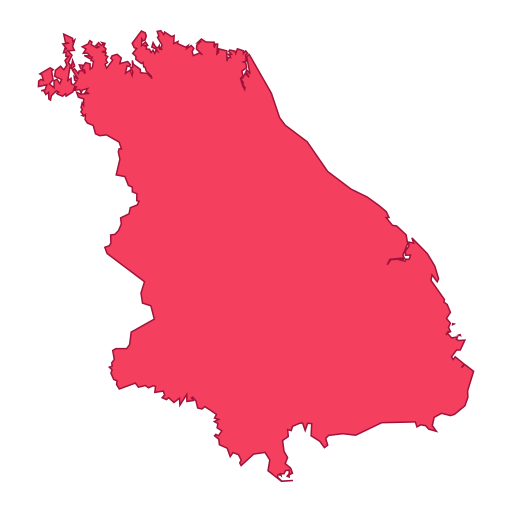 the district of Arraiján, Panama
{"feature_id": "35544464B31550191226189", "entity_name": "Arraiján", "entity_type": "district", "adm_level": 2, "iso_a3": "PAN", "parent_name": "Panama", "parent_adm1": "", "projection": "albers", "projection_center": [-79.724, 8.989], "detail": "fine", "context": "isolated", "style": "filled", "palette": "rose", "viewbox_px": 512, "rotation_deg": 0, "n_neighbors": 0, "source": "geoboundaries", "source_scale": "gbopen_adm2", "svg_char_len": 5738}
<svg xmlns="http://www.w3.org/2000/svg" viewBox="0 0 512 512"><path d="M227.2,448.2L230.2,456.6L233.0,452.6L238.5,454.7L241.3,460.3L239.7,462.8L241.1,465.6L253.6,454.1L265.0,452.4L269.8,459.9L268.0,470.7L281.5,481.3L293.0,480.5L281.8,481.1L277.7,477.4L277.8,475.0L279.5,474.1L280.2,475.8L279.7,474.0L281.1,475.5L280.8,473.7L284.0,473.8L285.6,470.6L289.0,470.1L289.3,473.5L287.1,476.2L289.2,477.0L289.1,474.7L292.5,473.2L290.6,468.0L285.2,463.6L287.6,457.6L284.0,451.3L282.6,440.5L288.3,436.5L287.7,429.6L291.2,430.6L292.6,426.3L299.8,423.2L302.6,423.1L305.2,430.5L307.6,423.3L311.7,423.6L311.1,435.8L319.7,441.2L324.4,447.6L327.7,445.2L325.7,438.4L328.6,435.4L342.7,433.7L355.7,435.2L381.6,422.7L415.3,421.9L417.0,426.9L420.8,424.8L425.7,425.7L428.8,429.2L436.4,431.3L432.3,425.6L434.2,417.3L441.6,413.3L450.4,415.6L454.4,414.4L464.9,405.8L467.9,397.3L467.6,390.8L473.6,371.3L464.8,364.5L461.4,367.6L464.0,364.0L455.2,356.8L453.2,359.5L451.5,356.9L456.5,350.1L460.3,350.0L464.9,340.1L458.7,340.5L456.4,339.3L457.5,336.9L451.6,337.9L447.7,333.5L446.0,334.9L448.4,331.0L448.3,332.4L450.6,331.7L448.5,327.4L450.4,323.2L446.5,318.4L450.4,312.4L447.2,304.5L443.9,302.1L444.4,299.5L431.0,280.4L432.0,274.9L437.2,281.8L438.6,278.8L434.7,265.9L427.3,253.6L411.9,237.9L413.7,243.2L409.0,242.1L408.8,246.5L405.4,250.8L405.4,255.2L410.6,255.1L409.0,259.4L405.9,259.1L405.1,261.2L400.8,260.2L405.1,258.7L390.8,259.6L387.2,264.8L389.9,259.3L404.2,257.9L402.9,255.0L407.7,243.7L406.1,234.8L396.7,226.0L392.4,225.3L386.2,217.6L389.0,217.5L386.3,211.7L379.2,205.7L367.3,197.1L351.0,189.1L327.7,171.5L307.1,141.7L285.3,125.3L279.6,117.7L271.4,93.3L249.3,54.6L246.6,56.4L250.0,73.9L246.7,69.9L245.9,71.9L249.2,77.3L245.1,73.4L243.2,77.2L240.9,78.9L243.4,82.8L242.8,84.9L245.0,87.4L244.7,89.5L242.7,85.9L240.5,78.3L243.0,76.4L241.9,71.1L246.6,67.8L245.8,62.9L243.4,62.0L246.1,61.2L245.6,54.9L247.8,53.5L245.7,50.9L243.4,53.5L243.5,50.8L237.4,48.8L235.7,53.4L235.0,51.1L229.7,50.0L228.8,51.4L231.3,54.3L227.9,54.3L230.2,56.1L230.6,57.6L228.2,57.4L226.9,61.2L226.8,50.9L218.8,48.8L218.3,52.8L216.8,54.1L217.7,44.1L215.6,44.0L214.2,47.6L214.2,42.2L205.9,42.0L201.4,39.0L197.6,42.6L200.1,42.0L196.7,45.2L196.5,49.1L202.4,54.8L199.8,52.9L193.3,55.6L192.1,51.5L193.9,48.4L191.2,45.5L186.8,48.5L188.1,45.5L185.7,47.2L177.5,43.5L178.0,41.5L173.8,43.5L174.1,35.5L171.7,36.7L164.6,32.0L163.7,34.5L160.8,30.7L157.2,31.4L158.8,36.0L157.5,37.4L162.1,45.1L160.6,48.6L162.4,49.5L159.8,49.1L159.4,45.5L158.0,47.8L155.7,47.1L153.1,42.6L151.8,47.1L156.3,49.2L157.6,51.3L155.9,50.4L154.8,53.4L153.0,50.2L151.1,52.5L149.4,49.2L146.2,49.0L146.6,46.7L144.5,45.8L147.7,45.3L145.5,41.9L141.5,45.7L141.8,39.1L142.8,40.9L145.1,40.0L146.3,35.9L145.2,32.8L141.4,31.0L132.2,43.3L134.2,47.7L136.7,48.5L132.7,53.4L135.9,56.4L135.8,59.3L141.4,63.5L143.0,62.5L143.7,66.9L145.1,67.3L146.2,71.0L151.2,76.0L152.0,78.5L147.3,73.4L140.5,72.7L140.3,69.3L133.4,64.3L132.3,60.4L132.6,67.1L130.7,67.6L132.8,72.0L132.1,75.5L130.2,70.1L125.5,73.2L127.0,66.0L129.7,66.5L130.3,64.6L127.7,61.5L119.8,63.6L121.3,58.0L117.2,54.3L112.1,55.8L110.8,58.3L112.7,60.1L106.6,68.2L105.0,64.2L107.5,62.5L105.8,59.8L107.8,56.5L105.3,55.4L106.1,52.9L101.8,51.6L105.3,51.3L105.9,48.7L103.6,46.7L105.1,43.4L101.9,42.6L103.4,44.3L101.2,45.3L98.6,42.6L95.9,45.5L98.8,47.0L96.9,47.9L91.3,44.7L91.9,42.0L89.8,40.6L88.0,44.0L82.2,46.8L86.0,49.0L83.3,53.3L87.3,53.1L90.1,56.1L84.3,55.5L90.1,58.8L92.0,57.6L91.0,60.6L93.5,61.2L92.3,67.6L90.1,69.2L90.1,63.9L85.5,62.6L82.7,67.1L82.5,65.2L79.3,64.9L80.8,68.8L84.4,69.8L85.1,73.6L82.5,70.4L79.0,71.0L78.4,73.6L74.6,68.9L72.5,70.2L78.1,79.2L74.1,76.2L74.6,80.2L76.7,80.9L73.8,84.9L71.3,83.7L71.0,78.3L67.8,80.5L69.9,67.4L71.9,68.8L74.7,66.0L72.6,60.3L71.4,66.3L68.3,62.7L72.0,55.2L67.9,50.9L74.4,50.3L72.6,46.6L74.7,39.9L72.7,41.5L72.6,38.3L63.7,34.1L65.5,42.6L69.2,43.2L62.8,43.9L67.0,49.3L65.0,48.1L63.5,52.8L66.1,52.3L65.8,56.3L68.6,56.3L65.0,60.5L66.8,65.1L63.9,69.8L60.5,66.2L55.4,70.4L54.6,76.3L61.5,79.5L59.9,83.6L56.9,79.3L54.0,80.8L54.1,87.7L49.4,83.9L53.1,79.9L51.6,71.0L53.2,69.7L50.2,67.8L39.8,73.9L41.9,75.0L43.3,80.3L40.8,79.4L38.7,81.1L38.4,86.6L46.8,84.8L45.1,89.7L41.1,90.7L43.9,90.7L45.8,94.5L48.6,92.3L48.8,98.9L50.5,100.1L51.4,95.7L56.3,90.8L58.6,92.0L56.6,93.1L57.7,94.2L62.6,96.2L65.6,93.8L66.1,96.2L72.9,91.8L74.8,86.6L76.4,86.7L75.0,90.2L79.8,89.6L81.1,93.1L82.3,90.1L87.7,88.5L84.9,93.0L87.6,92.5L88.5,93.5L80.7,94.2L76.6,92.2L78.4,97.2L83.7,98.9L83.6,105.3L82.2,102.8L81.0,107.7L82.4,109.2L80.9,111.9L83.6,115.1L82.2,115.5L83.5,116.1L85.4,114.6L85.1,119.6L87.4,123.1L93.2,125.4L95.5,133.8L99.7,135.7L106.5,134.9L119.1,142.1L121.5,148.9L119.1,148.9L118.3,151.7L119.9,159.2L116.2,174.9L124.9,176.6L128.4,185.4L132.3,187.1L132.3,191.8L136.9,193.7L136.7,200.7L139.0,201.3L137.2,205.0L130.3,207.7L129.0,213.8L120.6,217.9L121.3,224.0L118.6,230.4L115.0,234.3L110.6,235.0L110.9,242.9L109.4,245.7L104.8,247.3L107.1,253.5L144.5,281.7L141.0,293.1L142.5,303.1L150.9,305.8L154.3,319.1L131.2,332.1L129.6,344.6L126.7,348.6L115.9,348.6L112.7,350.5L114.3,359.4L111.7,362.9L112.2,366.1L109.3,367.2L112.1,369.8L110.9,373.1L113.7,379.5L117.1,380.8L116.5,384.4L119.3,389.0L135.3,383.1L138.5,387.2L145.4,385.5L148.4,387.8L153.6,385.6L155.5,386.6L154.8,392.4L163.3,391.1L164.6,395.0L162.1,397.7L166.5,399.6L168.6,397.6L173.9,402.5L179.5,398.2L179.9,405.2L186.7,394.6L186.9,401.5L193.4,400.5L191.5,397.9L192.8,397.2L196.0,401.0L197.7,408.0L202.0,409.0L204.9,406.6L216.5,414.4L214.5,418.1L218.6,419.4L214.3,421.6L217.9,423.5L217.1,427.8L221.8,430.8L218.6,435.6L215.8,434.4L214.5,435.8L218.8,439.2L219.4,444.7L227.2,448.2ZM458.6,335.1L460.5,335.6L460.1,334.6L458.6,335.1ZM452.6,324.7L454.0,324.0L452.7,323.7L452.6,324.7Z" fill="#f43f5e" stroke="#9f1239" stroke-width="1.5"/></svg>